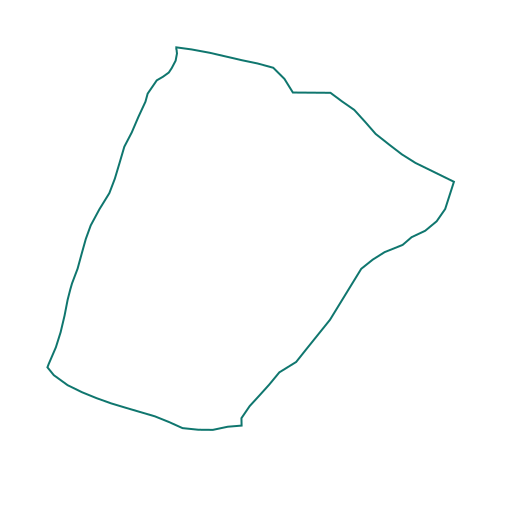 Wadrah, Hajjah, Yemen (Albers equal-area conic projection), rotated 286°
{"feature_id": "15242507B24431012567492", "entity_name": "Wadrah", "entity_type": "district", "adm_level": 2, "iso_a3": "YEM", "parent_name": "Yemen", "parent_adm1": "Hajjah", "projection": "albers", "projection_center": [43.471, 15.714], "detail": "fine", "context": "isolated", "style": "outline", "palette": "teal", "viewbox_px": 512, "rotation_deg": 286, "n_neighbors": 0, "source": "geoboundaries", "source_scale": "gbopen_adm2", "svg_char_len": 1113}
<svg xmlns="http://www.w3.org/2000/svg" viewBox="0 0 512 512"><g transform="rotate(286 256 256)"><path d="M91.5,86.2L85.7,94.5L79.9,110.5L77.1,126.2L75.4,141.9L74.4,157.3L74.2,172.7L74.1,187.0L74.0,203.0L72.4,218.3L70.3,232.8L73.1,248.5L77.0,262.5L84.1,275.9L89.0,288.9L96.1,286.7L110.0,291.3L122.8,297.7L135.9,304.1L150.6,310.5L165.2,323.8L179.9,329.9L215.1,344.7L272.7,360.7L284.4,369.0L284.8,369.3L295.2,378.6L307.1,393.9L317.0,400.4L326.9,411.7L339.2,420.1L353.3,424.9L381.9,425.8L389.4,383.7L393.9,368.2L399.7,353.5L406.3,337.4L414.9,324.1L423.5,310.2L428.3,296.1L432.3,285.5L433.4,282.6L423.3,246.4L434.1,234.5L441.7,220.7L441.5,204.4L440.3,188.4L439.8,178.2L439.5,172.8L438.6,155.6L436.8,137.1L434.6,121.9L433.1,122.3L431.9,123.0L430.3,123.6L429.0,124.2L421.6,124.9L413.4,123.2L408.3,121.6L402.7,117.2L397.5,112.2L382.2,107.1L373.8,107.2L357.2,104.6L340.5,102.5L324.8,99.3L308.9,99.2L291.4,99.0L276.0,97.7L257.8,92.6L239.9,88.7L225.5,87.7L210.8,87.8L194.6,88.0L178.9,86.7L172.7,86.7L162.0,87.0L146.0,88.4L128.8,89.2L113.1,88.8L95.0,86.5L91.5,86.2Z" fill="none" stroke="#0f766e" stroke-width="2"/></g></svg>